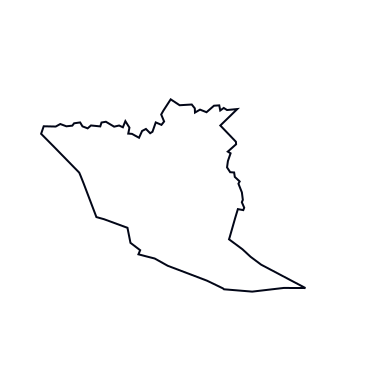 Centre, Pennsylvania, United States of America (Mercator projection), rotated 49°
{"feature_id": "52423323B56573766601238", "entity_name": "Centre", "entity_type": "district", "adm_level": 2, "iso_a3": "USA", "parent_name": "United States of America", "parent_adm1": "Pennsylvania", "projection": "mercator", "projection_center": [-77.904, 40.972], "detail": "fine", "context": "isolated", "style": "outline", "palette": "ink", "viewbox_px": 384, "rotation_deg": 49, "n_neighbors": 0, "source": "geoboundaries", "source_scale": "gbopen_adm2", "svg_char_len": 1201}
<svg xmlns="http://www.w3.org/2000/svg" viewBox="0 0 384 384"><g transform="rotate(49 192 192)"><path d="M49.1,267.7L67.5,266.5L103.4,264.4L107.1,265.6L114.5,268.2L148.2,280.6L154.9,276.2L176.7,264.2L190.0,271.8L201.9,269.3L203.9,273.3L210.8,268.6L217.7,263.8L231.8,258.7L268.7,238.9L285.0,231.9L286.4,231.7L306.7,211.9L324.6,185.7L338.9,169.4L292.2,187.5L279.3,190.3L268.3,191.5L252.0,195.1L250.7,193.0L240.1,176.7L235.0,168.6L239.3,165.2L238.1,162.9L232.4,161.1L231.3,158.8L225.0,154.6L216.2,151.5L215.3,149.1L208.7,149.8L204.9,147.4L202.1,150.2L196.4,149.4L192.2,144.6L188.1,137.5L185.0,138.5L184.9,127.4L182.9,125.9L160.4,127.0L159.1,103.4L153.1,111.8L149.4,112.9L149.0,117.2L144.5,114.6L141.3,118.8L141.3,128.7L135.1,131.9L134.0,137.6L130.7,135.0L125.8,134.8L118.4,144.4L108.1,147.3L111.8,160.2L113.3,164.4L120.5,166.8L121.3,171.0L115.7,173.7L120.6,182.3L120.2,185.0L114.2,185.4L113.2,189.6L116.3,196.4L108.7,199.2L106.1,201.8L102.4,197.0L94.8,195.8L97.8,201.7L94.0,203.4L91.6,207.9L82.5,210.9L80.2,214.7L82.3,218.2L75.5,224.6L75.5,229.0L70.6,231.6L66.1,230.8L62.8,235.9L63.4,238.8L60.0,243.7L54.3,246.8L53.2,251.9L45.1,260.8L49.1,267.7Z" fill="none" stroke="#020617" stroke-width="2"/></g></svg>